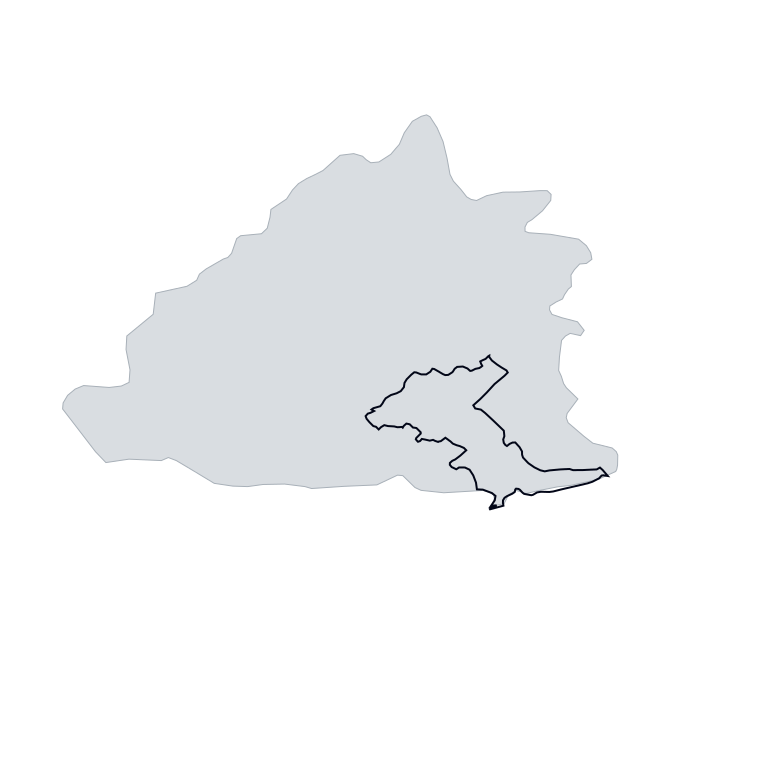 location of Herzegovina-Neretva within Bosnia and Herzegovina, rotated 315°
{"feature_id": "BIH-2228", "entity_name": "Herzegovina-Neretva", "entity_type": "Canton", "adm_level": 1, "iso_a3": "BIH", "parent_name": "Bosnia and Herzegovina", "parent_adm1": "", "projection": "natural_earth1", "projection_center": [17.847, 43.217], "detail": "fine", "context": "in_parent", "style": "outline", "palette": "ink", "viewbox_px": 768, "rotation_deg": 315, "n_neighbors": 0, "source": "natural_earth", "source_scale": "10m", "svg_char_len": 4752}
<svg xmlns="http://www.w3.org/2000/svg" viewBox="0 0 768 768"><g transform="rotate(315 384 384)"><path d="M604.4,223.8L605.5,227.5L602.7,240.4L597.2,254.3L588.3,268.8L578.9,282.4L576.5,289.6L575.9,301.1L574.8,310.2L576.1,315.1L579.2,319.7L589.7,323.4L603.8,332.5L615.9,344.3L631.3,357.8L636.1,362.7L636.2,368.1L631.7,372.1L618.6,373.6L604.9,372.4L599.6,371.1L594.7,372.7L591.7,375.8L593.3,379.4L607.5,395.8L624.0,419.2L624.9,429.3L623.0,437.3L619.2,442.8L612.4,441.9L607.2,437.5L599.4,437.8L593.3,439.1L585.4,447.6L581.5,447.2L574.7,448.5L570.4,450.1L563.6,447.7L556.4,446.1L553.4,448.7L552.0,453.6L556.5,462.7L564.8,476.8L563.5,487.6L557.2,488.8L551.4,479.8L546.2,478.4L540.4,478.7L527.0,489.1L517.1,497.9L514.8,504.0L511.3,510.7L510.3,515.6L510.5,531.7L492.7,534.3L489.0,536.7L486.8,541.6L488.4,562.3L489.8,573.5L500.1,590.6L500.4,596.1L499.0,599.6L491.8,606.5L488.3,608.9L486.0,609.7L474.1,605.2L468.5,603.1L444.6,587.9L434.1,579.5L417.5,568.4L407.3,562.1L402.1,552.6L393.9,550.4L384.3,553.5L373.4,546.6L381.1,543.0L383.0,539.7L382.1,535.2L378.7,529.2L349.4,503.2L335.0,485.4L332.7,479.1L332.5,462.1L329.1,458.0L307.6,450.3L283.6,428.3L258.9,406.7L255.6,400.7L242.9,384.4L227.4,369.5L215.0,360.1L204.9,349.3L193.7,334.2L188.1,311.5L183.0,291.3L179.5,283.5L172.4,280.7L150.5,256.8L131.8,242.9L132.1,227.9L135.4,202.8L139.1,174.4L143.7,170.5L152.3,168.3L162.0,169.2L170.5,172.7L187.2,192.1L196.8,199.7L204.9,202.6L214.4,194.4L226.0,177.2L236.1,168.2L270.1,171.5L286.8,158.3L313.8,175.6L324.9,178.2L331.2,175.8L339.7,176.9L358.7,182.0L363.0,184.1L368.7,183.8L382.7,177.0L387.5,177.8L403.6,191.1L411.6,191.3L421.3,185.5L427.5,180.6L445.9,184.3L456.5,182.1L465.2,181.8L474.7,184.1L483.4,187.2L491.8,189.9L514.6,191.2L525.5,199.7L529.9,207.8L530.0,212.8L531.1,218.2L537.4,223.4L551.2,226.4L559.8,225.7L564.3,225.4L576.0,220.7L589.8,218.3L599.7,221.1L604.4,223.8Z" fill="#d9dde1" stroke="#a8b0b8" stroke-width="1"/><path d="M400.1,552.8L397.2,552.3L391.7,550.3L388.8,549.7L385.9,550.4L384.1,552.1L382.4,554.5L369.7,547.2L372.0,547.3L375.5,548.8L377.8,549.4L375.8,547.6L372.8,546.0L380.0,544.6L383.7,542.0L383.2,537.4L379.2,528.6L375.2,524.2L379.3,518.8L382.5,511.7L383.9,505.1L382.4,500.9L382.2,500.3L378.1,496.1L375.1,495.5L374.8,495.4L373.5,491.6L373.1,490.6L373.4,487.7L374.8,486.4L378.0,486.6L381.0,487.7L383.7,488.1L387.4,488.6L394.9,489.0L395.3,489.0L395.3,485.7L393.9,482.1L393.7,481.5L393.4,481.0L392.1,478.7L390.6,475.1L390.5,474.6L390.4,471.4L390.2,470.6L389.9,468.3L389.4,465.4L383.8,464.6L381.7,463.2L381.3,463.2L379.9,460.4L379.2,458.2L376.3,456.4L373.8,452.4L371.9,449.6L369.9,449.8L369.1,449.8L367.2,448.9L367.2,447.8L367.4,445.6L367.6,445.5L368.6,445.0L370.2,445.0L373.0,445.0L374.9,445.0L375.4,444.4L375.8,444.1L375.8,441.4L375.8,438.1L374.9,436.8L373.7,435.3L373.7,433.7L373.7,430.7L372.7,429.1L371.8,427.8L371.5,427.8L368.6,427.6L367.1,427.9L366.4,428.1L366.4,427.1L364.4,425.4L362.9,424.0L361.2,421.2L357.1,416.6L355.1,413.3L351.4,412.4L349.5,412.4L348.1,412.4L348.1,410.6L348.1,408.6L346.7,406.2L346.7,404.0L346.7,400.7L346.8,399.5L347.1,396.3L347.9,394.5L348.3,393.7L351.6,393.5L354.0,394.8L357.9,396.1L357.2,393.7L357.1,393.2L359.4,393.6L362.1,395.1L365.7,397.1L369.1,396.7L371.8,395.9L375.1,395.3L381.1,396.7L386.4,399.5L390.8,400.9L395.9,400.3L396.9,399.5L399.3,397.7L403.4,396.7L409.8,396.7L413.7,397.1L414.5,398.1L415.0,398.7L416.4,402.0L417.1,403.5L420.7,407.1L421.2,407.2L425.4,408.1L429.0,407.4L430.1,408.9L431.4,413.7L431.6,414.2L431.6,414.5L432.7,418.8L433.6,421.0L435.9,423.0L440.1,423.9L440.8,424.0L441.7,423.9L444.8,423.2L447.5,423.6L447.8,423.6L448.8,424.5L452.1,427.4L454.0,432.1L454.1,434.6L454.2,435.7L455.6,436.7L459.3,437.9L462.2,439.8L462.6,440.1L463.1,440.2L464.4,440.5L465.9,440.7L466.3,440.7L466.9,438.5L468.0,436.1L470.5,436.9L473.6,438.1L477.3,438.1L478.5,438.4L477.6,439.2L477.5,439.4L476.9,443.7L477.7,450.1L478.8,455.5L480.2,461.0L479.6,463.4L475.1,463.4L462.1,462.2L450.6,462.7L441.2,462.7L432.1,462.2L431.5,464.6L431.2,465.8L434.4,470.6L435.0,476.0L435.4,486.7L435.7,501.7L434.2,503.6L432.2,506.0L429.1,507.5L427.1,510.3L426.7,512.9L427.1,514.8L429.6,515.1L430.1,515.1L430.8,515.3L433.5,516.3L435.5,518.2L435.3,521.8L435.2,524.5L433.9,529.3L432.9,530.3L431.6,531.7L430.3,534.3L430.1,540.3L430.1,541.9L430.1,542.2L431.4,549.3L433.5,555.5L435.8,559.3L436.0,559.5L439.9,562.1L448.3,569.1L451.3,571.8L455.1,575.3L456.2,577.5L456.8,578.6L463.8,585.5L470.2,591.3L474.0,594.8L477.6,595.8L477.8,599.5L477.2,607.3L474.5,603.6L473.1,602.6L469.5,602.8L462.3,600.5L457.9,598.3L434.8,583.9L427.6,579.6L424.5,577.2L418.8,571.2L415.6,568.9L411.0,567.7L409.5,566.8L405.4,560.8L405.1,558.9L405.3,554.9L404.9,553.3L403.4,551.4L402.2,551.4L401.1,552.2L400.1,552.8Z" fill="none" stroke="#020617" stroke-width="2"/></g></svg>